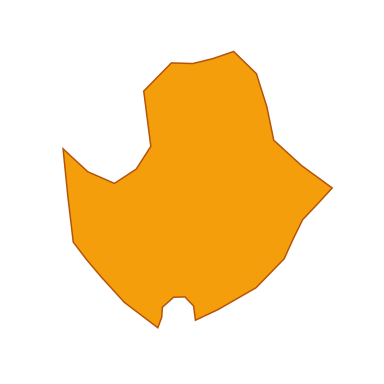 outline of Şuşa, rotated 141°
{"feature_id": "AZE-1737", "entity_name": "Şuşa", "entity_type": "District", "adm_level": 1, "iso_a3": "AZE", "parent_name": "Azerbaijan", "parent_adm1": "", "projection": "natural_earth1", "projection_center": [46.665, 39.686], "detail": "fine", "context": "isolated", "style": "filled", "palette": "amber", "viewbox_px": 384, "rotation_deg": 141, "n_neighbors": 0, "source": "natural_earth", "source_scale": "10m", "svg_char_len": 660}
<svg xmlns="http://www.w3.org/2000/svg" viewBox="0 0 384 384"><g transform="rotate(141 192 192)"><path d="M202.5,77.3L245.5,84.2L270.0,90.2L262.5,102.4L263.5,114.9L272.5,121.8L287.5,121.1L294.5,113.6L304.0,108.0L314.0,148.7L316.0,182.5L316.5,205.7L315.8,227.8L290.8,267.4L273.5,293.8L269.8,299.4L265.0,306.7L263.5,295.8L260.2,273.2L246.9,247.5L220.9,244.9L195.2,253.4L195.1,253.7L172.8,289.8L166.0,300.8L126.8,305.3L110.5,291.3L92.2,282.7L71.2,275.0L67.5,243.4L80.3,210.9L90.8,190.6L95.9,180.8L93.8,167.0L90.3,143.8L80.5,106.9L102.0,103.7L106.5,103.1L123.4,100.9L143.2,91.7L162.4,82.1L202.5,77.3Z" fill="#f59e0b" stroke="#b45309" stroke-width="1.5"/></g></svg>